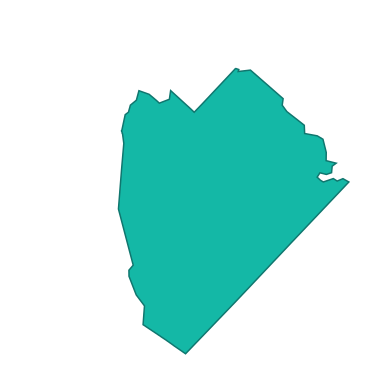 outline of Jackson, Alabama, United States of America, rotated 133°
{"feature_id": "52423323B51119346032730", "entity_name": "Jackson", "entity_type": "district", "adm_level": 2, "iso_a3": "USA", "parent_name": "United States of America", "parent_adm1": "Alabama", "projection": "orthographic", "projection_center": [-86.071, 34.728], "detail": "fine", "context": "isolated", "style": "filled", "palette": "teal", "viewbox_px": 384, "rotation_deg": 133, "n_neighbors": 0, "source": "geoboundaries", "source_scale": "gbopen_adm2", "svg_char_len": 937}
<svg xmlns="http://www.w3.org/2000/svg" viewBox="0 0 384 384"><g transform="rotate(133 192 192)"><path d="M162.8,295.3L170.5,296.3L177.0,292.9L181.0,293.6L193.7,286.0L194.4,285.5L195.0,285.5L195.4,285.2L195.8,284.5L195.9,284.0L196.8,282.9L196.8,282.5L203.0,275.0L222.4,259.8L254.6,234.2L285.6,185.1L292.2,184.8L296.6,180.6L305.3,162.6L307.7,149.1L322.4,137.3L318.2,111.2L317.0,102.7L316.7,99.9L314.7,86.4L241.1,85.3L239.7,85.3L227.8,85.2L161.5,84.8L77.7,84.1L79.3,90.7L85.0,93.3L85.8,97.8L95.1,102.8L95.8,106.0L95.8,110.6L90.7,111.5L87.5,105.7L82.7,103.1L77.5,107.1L72.6,106.2L77.6,115.3L71.5,120.8L64.1,132.2L65.5,138.7L72.4,149.5L66.6,155.4L68.5,177.5L67.0,185.2L61.6,189.0L63.0,232.4L72.4,240.4L70.5,241.3L72.0,244.6L72.0,244.4L74.9,244.4L75.7,244.4L120.5,244.6L132.2,244.8L132.1,249.2L132.4,276.8L139.6,271.8L149.3,276.5L149.3,280.3L149.8,290.0L154.1,299.9L162.8,295.3Z" fill="#14b8a6" stroke="#0f766e" stroke-width="1.5"/></g></svg>